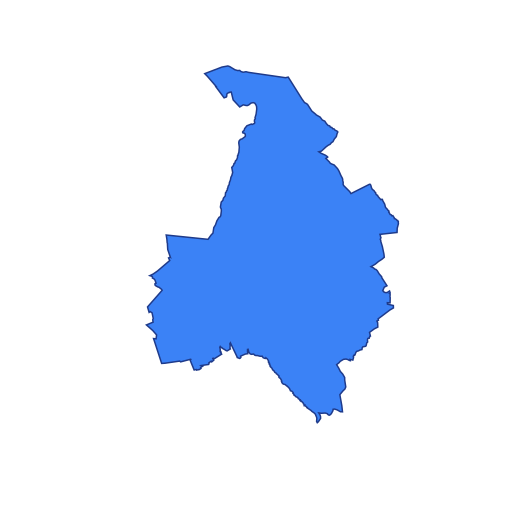 Huamantla, Tlaxcala, Mexico, rotated 143°
{"feature_id": "50627088B18788314814014", "entity_name": "Huamantla", "entity_type": "district", "adm_level": 2, "iso_a3": "MEX", "parent_name": "Mexico", "parent_adm1": "Tlaxcala", "projection": "robinson", "projection_center": [-97.937, 19.323], "detail": "fine", "context": "isolated", "style": "filled", "palette": "blue", "viewbox_px": 512, "rotation_deg": 143, "n_neighbors": 0, "source": "geoboundaries", "source_scale": "gbopen_adm2", "svg_char_len": 6128}
<svg xmlns="http://www.w3.org/2000/svg" viewBox="0 0 512 512"><g transform="rotate(143 256 256)"><path d="M352.6,304.2L351.2,302.2L351.3,301.5L352.0,300.8L351.2,299.0L351.2,297.4L352.2,294.4L353.3,294.7L354.1,293.7L354.0,292.6L353.0,290.3L352.3,289.4L351.5,286.2L351.6,285.1L373.3,280.6L375.3,275.3L374.0,275.3L373.2,273.2L375.7,267.9L376.8,267.3L378.0,265.1L385.0,266.9L383.3,258.6L382.9,252.8L385.6,250.0L387.5,251.7L396.0,227.0L393.3,225.2L380.2,218.0L379.9,216.8L370.4,212.9L370.3,212.7L371.3,212.4L374.0,202.2L372.0,201.3L372.1,200.6L370.3,199.9L370.1,199.5L368.0,199.3L367.6,199.3L367.4,200.2L367.1,200.3L365.1,200.1L365.7,201.5L359.1,197.9L358.3,198.3L358.0,199.0L355.1,199.0L355.1,198.1L352.5,198.2L352.2,200.2L351.8,200.2L351.6,200.0L352.0,199.1L342.5,198.3L342.5,199.0L342.1,199.6L342.5,200.1L341.6,200.9L342.0,201.4L341.5,201.8L341.3,202.5L340.8,202.8L339.9,204.9L339.0,205.3L338.9,204.0L338.4,203.5L338.5,202.8L338.2,202.4L338.1,201.5L337.7,201.0L336.8,198.5L336.2,197.6L332.4,197.2L332.3,198.0L330.5,200.1L329.8,201.6L328.7,202.1L331.9,186.4L332.1,186.2L330.7,184.0L330.0,183.9L329.0,184.2L328.6,185.3L323.5,184.1L321.4,182.9L320.9,183.6L320.5,184.5L319.0,186.5L318.4,186.2L319.5,183.9L319.6,181.4L318.9,180.3L316.9,179.1L316.7,177.6L316.0,176.6L314.5,175.4L313.6,174.1L312.2,172.7L311.4,172.4L311.5,170.5L310.7,169.1L310.0,168.4L309.4,168.8L308.9,167.0L309.1,164.9L309.9,163.8L309.6,163.4L310.1,162.9L309.8,162.1L310.6,161.4L310.4,160.5L310.7,160.2L310.7,159.4L311.2,159.2L310.8,156.8L311.2,155.2L311.0,154.8L311.1,154.2L310.7,153.2L311.0,151.8L310.4,150.3L310.6,149.5L310.1,148.5L310.1,147.0L309.8,146.4L309.9,146.1L310.6,145.6L310.6,144.5L310.2,143.8L310.4,141.7L310.6,141.1L311.0,140.9L310.9,140.4L311.5,139.4L311.5,138.0L311.0,136.9L310.0,135.7L309.7,133.7L309.4,133.5L309.0,130.0L309.6,127.6L308.8,126.6L308.5,124.6L309.2,124.0L309.0,123.6L309.1,122.1L309.4,121.8L309.0,121.2L308.8,119.5L307.8,117.9L308.1,116.7L307.8,116.3L307.6,114.8L307.3,114.6L307.8,114.1L307.3,113.6L307.5,113.5L307.6,112.8L306.9,111.8L306.8,110.1L307.1,109.5L306.9,109.0L307.2,107.9L306.9,107.7L307.4,107.5L306.9,107.1L307.1,106.8L306.5,105.7L306.6,104.4L306.2,104.1L306.5,103.8L304.9,99.2L305.0,98.7L304.0,95.6L303.8,94.0L304.7,90.6L305.2,89.6L307.2,87.4L307.4,86.0L305.9,86.1L302.2,87.4L301.1,88.9L300.5,90.6L300.3,92.9L298.5,91.1L295.2,88.9L293.9,87.1L294.0,86.2L293.4,84.8L292.1,84.5L290.6,84.8L287.6,86.2L286.7,87.2L285.4,86.5L283.8,84.3L282.3,80.8L280.7,79.5L277.6,84.7L272.5,94.8L267.4,96.0L265.2,96.2L263.1,97.4L259.9,103.4L258.3,105.6L257.8,109.5L258.1,113.1L257.4,116.7L257.0,120.7L253.8,120.8L252.2,121.2L248.3,120.8L246.1,119.5L244.9,117.9L244.3,116.4L243.7,115.7L243.1,116.8L241.3,114.6L239.2,116.2L238.6,117.4L237.3,117.9L236.8,117.8L236.8,117.4L236.4,117.5L234.3,118.9L233.7,119.1L232.8,119.2L231.1,118.5L229.8,118.4L227.7,117.5L226.4,118.8L225.5,119.2L222.7,117.9L221.9,118.2L219.8,120.0L218.6,120.1L217.5,121.9L216.6,122.7L216.0,122.8L215.1,122.2L213.4,123.4L212.8,123.2L211.3,126.7L205.3,126.6L201.5,125.9L199.0,129.5L198.6,131.3L196.9,131.0L196.3,132.3L181.6,132.3L177.5,131.8L176.1,133.8L180.0,138.4L179.2,139.7L177.1,137.9L173.8,142.1L173.6,142.8L172.3,144.2L171.7,145.1L171.9,145.7L171.3,145.6L171.0,145.9L170.4,147.7L173.3,147.9L174.7,148.9L175.5,150.1L175.4,151.0L175.7,152.0L172.3,153.9L169.3,153.4L168.6,162.8L168.1,163.9L168.4,167.6L168.0,171.2L168.3,173.1L169.0,174.0L169.3,175.8L170.6,178.3L165.7,177.7L161.4,177.9L157.4,177.6L154.3,177.8L152.7,180.5L149.4,187.5L147.5,192.7L146.9,193.5L146.7,194.6L145.2,195.4L145.0,196.4L144.5,197.1L144.0,198.7L129.2,189.9L126.5,193.2L122.8,196.1L122.4,196.9L121.6,197.8L121.5,199.0L121.9,199.2L121.9,200.4L122.5,202.1L123.0,202.6L122.6,203.1L122.4,205.9L123.3,206.3L123.2,207.5L123.9,208.5L123.6,209.7L123.7,210.8L123.4,210.9L123.3,211.4L122.8,211.8L123.1,213.3L123.0,214.2L123.3,216.9L122.0,220.0L121.4,224.4L121.0,225.1L121.2,225.5L122.4,225.9L122.7,229.9L122.4,231.4L123.0,232.4L122.8,233.8L122.3,234.7L122.6,235.6L122.4,237.1L123.0,239.3L122.7,241.0L121.7,243.5L121.7,244.6L122.2,245.0L142.6,248.7L142.4,251.0L143.6,259.6L143.3,260.8L142.0,262.4L141.3,264.2L140.6,265.1L140.2,266.2L139.7,269.4L138.6,274.0L138.3,276.8L138.8,281.7L140.4,284.3L140.9,285.7L140.8,286.9L141.5,291.9L139.2,291.8L139.1,292.2L139.9,294.7L142.3,299.1L143.1,301.4L140.7,300.4L134.6,301.0L131.6,301.0L129.6,300.6L127.6,301.1L125.7,301.0L123.3,302.2L120.0,303.0L117.5,305.0L116.0,305.8L116.1,307.0L117.1,308.8L117.2,310.6L118.1,311.4L118.1,313.0L119.1,314.3L118.8,315.1L119.1,316.0L119.9,316.9L120.1,319.5L119.9,322.3L121.2,324.7L121.2,328.4L123.0,332.5L123.0,333.2L124.2,338.2L123.6,346.1L124.0,347.4L124.9,349.3L124.8,353.8L122.6,379.5L125.1,380.6L151.4,407.1L153.1,409.2L155.7,410.5L157.1,412.6L157.3,414.0L159.0,415.1L160.8,417.5L163.0,423.1L164.1,424.7L169.5,427.4L187.2,432.5L186.7,428.9L185.8,415.3L186.2,415.4L186.3,401.5L183.9,400.8L182.9,401.5L182.5,402.3L181.2,403.1L178.9,402.8L178.8,402.5L177.9,402.4L177.1,401.8L180.3,394.4L179.3,384.8L175.2,384.4L173.2,382.0L172.2,381.3L170.8,381.0L167.9,381.1L166.0,380.2L165.0,378.9L165.1,376.8L165.6,375.0L167.0,372.9L170.6,369.2L173.6,367.0L173.9,366.1L175.3,365.6L176.2,364.6L176.5,363.6L177.4,362.8L180.0,363.4L180.3,364.2L184.9,365.5L188.4,364.6L190.0,363.4L191.4,363.4L192.1,363.1L192.4,362.2L191.4,361.0L191.3,359.8L192.3,358.2L192.9,357.9L196.6,357.9L198.3,358.5L200.4,358.0L201.7,356.7L203.8,353.0L207.3,349.1L209.3,347.8L209.7,347.3L210.4,347.2L211.6,345.7L213.6,344.5L215.2,344.3L217.1,342.9L217.9,343.1L218.8,342.3L220.7,341.5L222.0,341.4L224.4,336.7L226.9,334.8L228.6,334.0L230.8,332.0L233.0,330.7L234.4,329.2L236.1,328.6L237.7,327.2L238.2,327.1L239.3,325.9L240.2,325.8L241.2,325.0L242.2,324.9L244.4,322.5L247.2,321.8L249.0,320.4L251.3,320.0L254.9,316.6L255.3,315.7L255.4,314.6L256.5,312.9L259.8,309.5L260.9,308.9L262.3,309.1L266.1,307.6L269.7,305.2L272.6,304.1L276.6,300.2L279.2,299.8L284.3,298.2L315.1,326.8L317.1,323.0L319.0,320.0L319.3,319.0L319.8,318.5L322.6,314.3L325.1,306.7L325.2,307.0L325.5,306.8L327.0,307.1L327.6,304.3L343.7,303.3L348.9,303.5L352.6,304.2Z" fill="#3b82f6" stroke="#1e3a8a" stroke-width="1.5"/></g></svg>